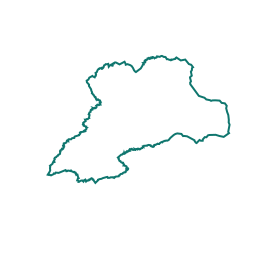 outline of Dan Chang, Suphan Buri, Thailand, rotated 143°
{"feature_id": "78962969B17842271183719", "entity_name": "Dan Chang", "entity_type": "district", "adm_level": 2, "iso_a3": "THA", "parent_name": "Thailand", "parent_adm1": "Suphan Buri", "projection": "albers", "projection_center": [99.604, 14.892], "detail": "fine", "context": "isolated", "style": "outline", "palette": "teal", "viewbox_px": 256, "rotation_deg": 143, "n_neighbors": 0, "source": "geoboundaries", "source_scale": "gbopen_adm2", "svg_char_len": 5913}
<svg xmlns="http://www.w3.org/2000/svg" viewBox="0 0 256 256"><g transform="rotate(143 128 128)"><path d="M38.1,91.7L38.3,94.7L41.4,97.4L43.9,99.2L45.3,99.7L45.8,100.9L48.3,103.7L48.7,106.1L52.1,111.0L51.9,125.5L51.1,126.8L49.6,127.4L48.2,130.9L47.6,131.3L45.6,131.4L43.9,135.1L42.1,135.8L41.0,137.2L40.3,137.5L39.5,137.4L39.5,140.5L40.9,142.4L41.1,148.2L45.2,150.2L46.9,155.2L47.9,155.2L48.6,154.7L50.5,155.6L52.7,156.2L52.5,156.7L53.2,156.9L53.9,157.5L54.9,159.2L55.6,159.6L55.3,161.8L55.7,162.6L56.5,163.0L57.5,165.1L58.1,165.5L59.8,165.7L61.7,167.7L62.3,167.2L62.9,167.1L63.5,167.6L63.9,167.5L64.7,168.3L65.0,168.1L65.2,169.4L65.8,170.0L66.5,169.5L66.9,170.0L67.1,169.6L67.5,169.9L68.2,169.8L69.1,170.2L68.8,170.9L69.5,171.0L69.5,171.5L70.2,171.5L70.5,171.8L71.3,171.2L72.2,171.1L72.9,171.3L72.8,171.7L73.1,171.8L73.5,171.2L74.3,171.6L74.7,171.2L74.4,170.7L74.7,170.2L76.2,170.7L76.0,170.3L76.5,170.4L77.1,169.8L77.2,169.4L77.9,169.8L78.5,169.3L81.9,167.9L88.0,167.9L88.4,169.1L88.4,170.7L87.9,172.8L87.8,175.3L88.4,176.9L90.0,179.3L91.7,179.9L91.3,180.7L90.9,183.0L96.5,183.9L98.2,187.5L98.9,188.2L100.4,188.4L100.5,188.0L101.7,188.5L103.1,186.4L103.0,187.4L103.8,188.4L103.7,188.8L104.7,188.9L106.5,188.5L105.2,191.1L106.5,191.6L107.4,192.4L108.6,192.2L109.4,192.4L111.0,191.2L112.2,191.7L112.2,190.9L112.9,190.8L113.3,190.9L113.8,192.1L114.7,192.8L115.5,192.5L115.9,192.9L117.5,192.5L119.4,191.4L120.8,191.5L121.2,190.1L122.0,189.7L122.2,189.1L123.0,189.1L124.1,188.5L125.1,190.5L125.1,191.0L128.6,191.5L130.5,190.5L132.5,190.7L133.3,189.2L133.0,186.1L133.9,185.1L134.2,181.1L134.8,180.0L135.2,178.1L135.9,177.5L135.6,176.8L135.9,176.0L135.5,175.3L135.9,172.9L135.5,172.6L135.7,172.1L135.4,171.9L136.2,170.0L135.6,169.6L135.7,169.2L135.4,169.1L135.6,168.9L134.7,168.6L134.6,167.7L134.2,167.4L134.4,167.0L134.2,167.2L133.8,166.7L134.2,165.5L134.5,165.5L134.4,165.2L135.1,165.2L135.0,164.6L135.5,164.5L135.9,163.4L136.2,163.7L136.4,163.5L137.5,163.8L137.7,164.7L138.6,165.1L139.3,164.7L140.0,164.9L140.1,164.2L140.6,163.6L141.9,163.3L142.8,163.8L142.7,164.2L143.4,164.3L143.8,164.9L143.8,164.7L144.3,164.8L144.9,164.4L145.2,164.6L145.4,164.1L146.1,164.3L146.0,164.7L146.8,164.8L147.2,164.6L148.1,163.4L149.4,163.6L150.6,162.9L150.6,162.5L151.2,162.4L151.0,161.4L152.9,159.8L153.0,159.3L153.6,159.5L154.8,159.3L155.9,160.1L156.8,159.9L157.3,160.4L157.7,159.0L159.9,159.2L160.9,159.0L161.1,158.2L161.6,158.0L161.1,157.4L161.6,156.8L162.0,156.9L162.1,156.5L161.0,155.0L161.1,154.1L160.6,154.0L161.0,153.3L160.8,153.0L161.3,153.0L162.2,152.0L164.0,152.2L163.8,151.8L164.0,151.1L165.8,151.8L168.4,153.3L169.1,153.3L169.3,152.3L170.7,151.9L171.2,152.1L171.5,151.7L175.5,153.2L176.2,153.1L176.9,152.4L178.7,153.5L180.2,153.2L182.2,154.7L182.7,154.7L183.5,153.6L183.7,154.3L184.4,154.7L185.9,153.5L187.8,153.8L188.1,154.3L188.6,154.4L189.3,153.6L189.5,152.8L190.5,153.0L190.7,152.5L190.4,151.4L191.3,151.1L192.0,150.5L192.9,150.4L192.8,151.1L193.1,151.3L194.4,150.7L195.7,150.8L196.3,150.3L196.2,149.7L196.8,149.5L197.8,148.3L198.6,148.2L199.8,148.6L200.7,148.0L201.2,148.2L202.5,148.2L202.9,147.9L204.3,148.3L205.3,147.8L205.4,147.0L207.0,146.4L207.0,145.9L207.6,145.9L207.5,145.2L208.8,145.6L210.0,144.8L213.1,144.8L213.4,143.8L214.4,143.0L215.6,141.0L217.0,140.2L220.2,139.0L219.3,137.9L218.7,137.9L218.0,136.5L215.1,135.9L214.6,136.3L213.8,135.5L212.6,135.9L210.4,133.9L203.3,132.0L203.3,130.8L202.6,130.7L202.6,130.2L201.3,129.9L199.9,128.3L199.7,128.6L199.1,128.4L199.2,127.5L198.3,126.3L198.2,125.6L197.1,125.1L197.3,123.1L196.8,123.2L196.9,122.4L197.1,122.0L197.4,122.2L197.5,121.8L196.9,121.8L196.4,121.3L197.4,118.9L197.6,117.6L198.5,117.8L200.0,116.8L199.6,116.5L199.4,115.3L200.0,114.8L199.7,114.5L197.6,114.4L196.3,113.8L196.1,113.0L195.8,113.0L195.8,112.0L195.2,112.2L195.2,112.7L193.2,112.5L193.7,110.5L192.2,110.7L192.1,110.3L191.2,109.9L190.0,110.2L189.9,109.6L187.5,109.9L186.9,109.0L187.3,108.0L186.7,107.6L187.0,106.5L187.1,103.8L183.2,104.3L183.0,104.7L181.5,104.3L179.8,103.4L178.2,103.1L174.6,101.7L173.9,101.3L174.1,100.3L172.5,99.2L171.6,99.1L169.4,97.5L169.5,97.1L168.5,96.9L168.6,96.5L167.1,96.6L164.5,95.0L163.8,95.5L163.2,95.2L162.3,95.6L161.3,95.6L160.0,94.8L159.3,95.1L158.1,95.0L157.1,94.3L156.3,94.3L156.1,94.8L154.5,94.9L154.5,95.1L152.9,95.0L152.4,95.3L152.3,95.9L152.8,96.2L153.5,95.4L154.0,96.5L153.3,97.1L152.8,97.1L152.3,98.1L152.6,99.0L153.6,100.1L153.3,100.7L153.8,100.9L153.2,101.3L153.1,102.0L153.4,102.9L152.9,103.3L154.0,104.5L154.2,105.7L154.0,106.1L154.6,106.8L154.1,109.2L153.6,109.4L153.8,110.5L149.5,110.8L148.7,110.3L147.5,110.6L146.9,109.9L146.4,110.3L146.6,109.8L146.1,109.6L145.7,109.9L145.4,109.7L145.6,110.0L145.1,110.1L145.0,109.7L144.5,109.9L143.9,109.4L143.3,109.7L143.3,110.0L142.8,110.1L142.6,109.5L142.0,109.5L142.2,109.2L140.7,108.9L140.5,109.2L140.2,108.9L140.0,109.8L139.4,110.0L139.2,109.5L137.9,109.4L137.6,109.1L137.7,108.8L137.4,108.8L137.2,107.9L137.4,107.8L137.1,107.4L136.8,107.5L135.6,106.3L135.3,107.1L135.0,106.4L134.7,106.6L133.5,105.9L133.4,105.3L132.6,105.5L132.2,104.7L131.9,104.8L131.6,104.0L130.9,104.0L130.8,103.7L129.3,103.8L128.7,103.4L127.8,103.7L127.4,104.2L127.1,103.6L126.9,104.0L126.0,104.2L123.4,102.4L123.1,102.6L121.6,102.0L120.6,100.9L120.7,100.3L120.3,100.1L120.5,99.5L119.9,98.5L119.3,98.4L119.4,97.9L118.9,97.6L118.3,97.7L117.5,98.3L116.7,98.1L116.7,98.4L115.7,97.9L113.7,97.6L113.5,97.0L112.7,96.4L112.0,96.7L110.3,96.7L109.5,96.5L109.2,96.0L108.8,96.3L107.6,95.8L106.8,95.9L105.8,95.2L105.1,95.1L104.4,94.3L102.9,93.9L100.1,94.6L95.7,94.9L93.7,94.7L91.9,94.0L88.9,91.1L88.9,88.4L88.0,87.9L85.8,85.8L82.3,78.2L82.7,77.2L82.6,75.2L82.3,74.7L78.1,75.4L77.5,74.0L76.0,72.9L75.0,73.9L72.2,74.5L70.9,73.4L68.6,74.0L67.3,73.5L62.1,69.8L59.8,66.6L56.9,63.3L50.4,63.1L50.3,64.6L44.9,69.5L44.2,71.9L42.6,73.8L40.1,78.0L39.2,81.1L37.7,84.7L35.8,86.3L35.8,89.4L38.1,91.7Z" fill="none" stroke="#0f766e" stroke-width="2"/></g></svg>